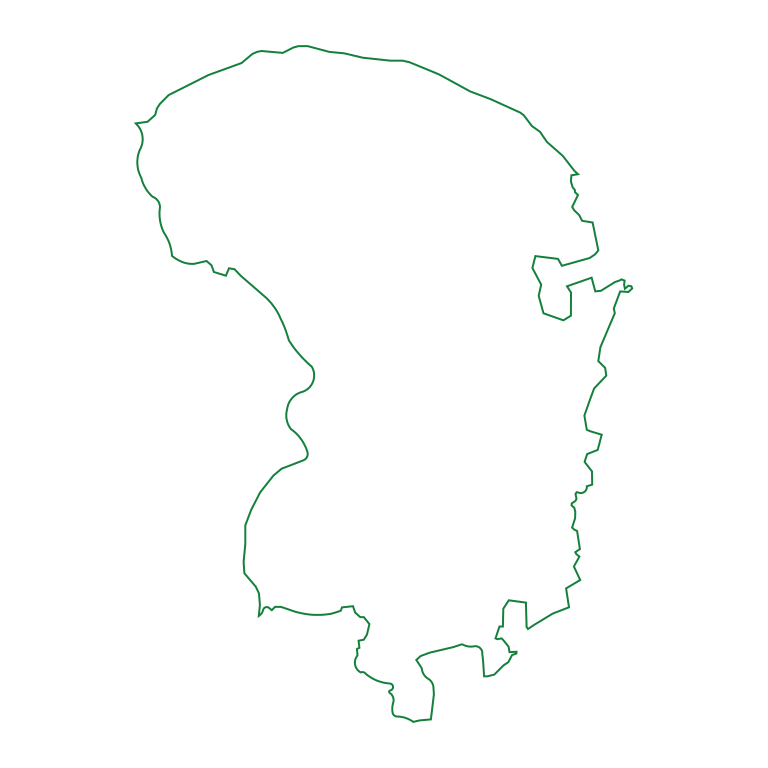 Ain Al Arab, Aleppo, Syria (Mercator projection)
{"feature_id": "27442178B6640625460328", "entity_name": "Ain Al Arab", "entity_type": "district", "adm_level": 2, "iso_a3": "SYR", "parent_name": "Syria", "parent_adm1": "Aleppo", "projection": "mercator", "projection_center": [38.284, 36.533], "detail": "fine", "context": "isolated", "style": "outline", "palette": "green", "viewbox_px": 768, "rotation_deg": 0, "n_neighbors": 0, "source": "geoboundaries", "source_scale": "gbopen_adm2", "svg_char_len": 6108}
<svg xmlns="http://www.w3.org/2000/svg" viewBox="0 0 768 768"><path d="M258.8,616.0L259.6,615.4L260.4,614.7L261.1,614.0L261.7,613.2L262.2,612.4L262.6,611.5L263.4,609.2L263.9,608.4L264.4,607.9L265.0,607.5L265.7,607.2L266.4,607.1L267.4,607.1L268.4,607.4L271.8,610.2L275.0,606.9L281.0,606.9L289.4,609.7L292.1,610.7L294.5,611.5L298.2,612.5L301.4,613.2L305.6,614.0L310.2,614.6L314.3,614.9L318.5,614.9L322.3,614.8L325.6,614.5L329.8,614.0L331.4,613.7L336.1,612.3L340.8,610.7L342.0,607.4L353.0,606.2L355.2,612.6L360.2,617.1L363.8,617.1L369.4,624.1L367.0,634.5L363.8,639.7L358.6,640.7L359.4,647.8L356.9,649.0L357.5,655.2L356.2,657.5L355.6,658.6L355.2,660.1L354.9,661.7L354.9,663.3L355.1,664.8L355.5,666.3L356.1,667.8L356.9,669.0L357.7,670.1L358.7,671.0L360.0,672.0L360.8,672.4L361.6,672.1L362.5,672.1L363.4,672.2L364.3,672.5L365.2,673.2L365.6,673.6L366.0,674.1L369.0,676.3L371.7,678.0L374.7,679.6L377.9,681.0L381.2,682.0L383.3,682.6L385.6,683.0L387.8,683.3L390.3,683.6L391.2,683.9L391.9,684.4L392.6,685.3L393.0,686.2L393.0,686.7L393.0,687.3L393.0,687.8L392.8,688.3L392.3,689.2L391.7,689.8L391.0,690.2L389.9,690.6L389.5,690.8L389.2,691.2L389.1,691.8L389.2,692.2L389.4,692.6L391.0,693.9L391.7,694.7L392.2,695.4L392.6,696.2L393.0,697.0L393.3,697.8L393.4,698.7L393.6,700.0L393.5,701.4L393.3,702.4L392.9,703.9L392.6,705.4L392.3,706.9L392.3,708.5L392.3,710.3L392.5,711.9L392.7,713.3L393.1,714.2L393.6,714.8L394.2,715.4L394.8,715.9L395.5,716.2L396.6,716.5L399.1,716.6L401.4,716.9L403.5,717.3L405.4,717.9L407.4,718.6L409.5,719.6L411.4,720.6L413.3,721.9L419.7,720.4L430.9,719.4L433.9,694.4L433.4,686.6L433.0,684.9L432.3,683.2L431.4,681.7L430.3,680.4L429.2,679.4L427.3,678.2L426.2,677.3L425.0,676.1L424.0,674.8L423.2,673.3L422.4,671.6L422.0,669.9L421.7,668.2L417.5,661.7L416.3,660.0L420.7,656.0L429.9,652.6L453.3,647.1L461.5,644.4L462.9,644.6L464.5,645.4L466.1,645.9L467.3,646.2L468.7,646.5L470.1,646.6L471.6,646.6L475.4,646.2L476.2,646.2L477.1,646.4L478.1,646.8L479.0,647.2L479.7,647.7L480.4,648.4L481.0,649.1L481.5,649.9L481.9,650.7L482.2,651.6L482.3,652.8L482.3,654.0L483.1,661.0L484.1,676.3L487.5,676.3L494.3,674.6L503.5,665.4L508.3,662.2L512.1,655.0L516.3,653.6L516.5,651.8L509.5,652.1L508.6,646.7L503.1,639.9L501.5,638.4L497.3,639.2L495.5,638.4L499.5,626.5L502.9,626.5L503.3,608.7L508.8,600.3L525.9,602.6L526.6,627.0L528.0,629.0L534.9,624.4L552.7,613.6L569.0,607.3L566.1,588.4L580.2,580.0L573.9,566.5L579.4,556.6L576.3,554.1L575.3,552.2L579.9,549.1L577.1,531.0L574.4,529.7L572.1,527.6L575.1,518.3L575.3,511.8L574.3,507.8L571.6,505.5L571.7,503.4L575.5,500.9L576.5,498.7L575.5,494.1L576.6,492.2L578.5,492.6L579.5,492.9L580.6,493.1L581.4,493.1L582.1,492.9L583.4,492.5L584.2,492.0L585.0,491.4L585.6,490.7L586.1,489.9L586.5,489.0L586.8,488.1L586.8,487.2L586.8,486.3L592.2,484.6L592.0,471.4L584.6,461.9L587.1,454.1L597.7,449.9L601.7,434.7L590.4,431.3L586.8,429.8L584.4,415.5L590.9,397.1L594.1,388.5L606.3,375.6L605.1,367.8L598.3,361.1L600.4,347.2L614.8,313.2L613.8,308.5L620.2,291.4L628.3,292.0L632.2,288.5L631.4,286.3L628.5,285.7L624.9,288.7L624.1,284.6L624.6,280.6L621.4,279.4L619.7,280.4L614.9,282.1L600.9,290.8L595.3,291.4L591.6,277.7L567.0,286.3L571.0,292.5L570.9,315.7L563.4,320.3L543.5,313.3L538.7,295.8L541.2,284.6L532.4,268.0L535.4,256.1L558.0,258.9L561.9,265.8L589.7,258.0L595.3,254.2L598.3,250.4L592.6,222.5L582.1,220.8L579.2,215.1L574.1,210.2L572.2,206.9L578.0,195.0L574.9,192.1L574.9,190.1L572.6,187.2L570.9,181.3L571.4,175.3L578.0,174.2L574.3,170.7L562.8,155.9L546.9,141.9L540.0,131.8L532.0,126.1L523.7,115.2L520.4,112.7L490.5,99.1L470.1,91.4L439.0,74.4L409.4,62.2L402.7,60.7L390.6,60.7L362.7,57.7L344.1,53.3L329.3,51.9L307.6,46.1L298.7,46.1L293.4,47.5L282.8,52.9L261.4,51.0L257.0,51.9L252.3,54.0L241.6,63.0L208.5,75.0L168.6,95.1L159.9,103.9L156.9,108.5L155.2,114.9L147.5,121.8L135.8,123.4L137.2,124.9L138.4,126.4L139.5,128.0L140.6,129.9L141.3,131.7L142.0,133.8L142.4,135.7L142.6,137.9L142.7,139.5L142.6,141.1L142.4,142.6L142.1,144.2L141.7,145.4L141.2,146.9L140.6,148.4L139.8,149.8L138.9,152.3L138.1,155.1L137.8,156.5L137.6,158.3L137.3,161.2L137.3,162.7L137.4,164.4L137.5,165.9L137.8,167.6L138.0,169.1L138.4,170.8L139.0,172.5L139.7,174.4L140.4,176.0L141.3,177.9L142.1,180.7L143.1,183.5L144.5,186.4L146.1,189.1L147.2,190.8L148.6,192.6L150.1,194.3L151.5,195.8L152.7,196.8L153.9,197.3L155.0,198.0L156.0,198.7L156.9,199.6L157.6,200.4L158.2,201.3L158.7,202.1L159.2,203.1L159.5,204.0L159.7,205.0L159.9,205.9L160.0,206.9L159.9,208.0L159.7,209.6L159.5,212.3L159.5,214.5L159.6,216.9L160.0,220.3L160.7,223.8L161.2,225.7L161.8,227.6L162.5,229.4L163.2,231.2L164.1,232.9L165.7,235.4L167.2,238.3L168.4,240.7L169.5,243.5L170.4,246.4L171.1,249.5L171.7,252.7L172.0,255.9L173.8,257.3L175.8,258.7L177.8,259.8L179.9,261.0L182.1,261.9L184.3,262.7L187.1,263.4L188.2,263.6L191.3,263.9L193.9,263.9L206.5,261.0L211.5,265.3L213.9,272.0L225.9,275.7L229.0,268.3L234.5,269.2L240.9,275.9L266.5,298.1L268.1,299.8L269.7,301.5L271.3,303.2L272.7,305.1L275.3,308.6L277.6,312.4L279.1,315.2L280.4,318.2L282.4,322.3L284.3,326.7L286.0,331.2L287.5,335.8L288.9,340.4L291.2,343.9L293.6,347.4L296.2,350.7L299.2,354.2L302.0,357.4L305.2,360.6L308.2,363.6L311.7,366.6L312.3,367.7L312.8,368.8L313.2,369.9L313.7,371.4L314.0,372.9L314.1,374.7L314.1,376.6L313.9,378.4L313.6,379.9L313.0,381.7L312.3,383.3L311.4,384.9L310.3,386.4L309.3,387.6L307.9,388.8L306.7,389.7L305.4,390.5L304.0,391.2L302.9,391.7L301.4,392.1L300.0,392.6L298.6,393.2L297.2,393.9L295.9,394.7L294.5,395.8L293.2,397.0L292.0,398.3L290.9,399.6L289.9,401.1L289.0,402.7L288.2,404.6L287.8,406.0L287.4,407.5L287.1,409.3L286.6,411.5L286.3,413.6L286.3,415.1L286.3,416.6L286.4,418.1L286.7,419.5L287.0,421.0L287.4,422.4L287.9,423.8L288.5,425.2L289.6,427.2L290.9,429.1L292.7,430.4L294.4,431.8L296.2,433.4L297.7,435.0L299.1,436.5L300.4,438.3L301.9,440.3L303.2,442.4L304.5,444.8L305.7,447.2L306.6,449.6L307.5,452.3L307.7,453.4L307.7,454.5L307.5,455.6L307.1,456.7L306.6,457.8L305.8,458.7L304.9,459.5L303.9,460.1L281.6,468.7L273.4,475.6L260.2,492.3L251.2,509.8L245.3,525.4L245.3,544.3L243.6,562.0L244.4,573.3L255.8,586.7L259.0,593.5L259.9,605.0L258.8,616.0Z" fill="none" stroke="#15803d" stroke-width="2"/></svg>